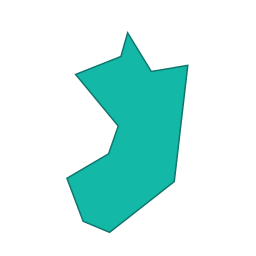 Norton, Virginia, United States of America (Equal Earth projection), rotated 154°
{"feature_id": "52423323B88769302498255", "entity_name": "Norton", "entity_type": "district", "adm_level": 2, "iso_a3": "USA", "parent_name": "United States of America", "parent_adm1": "Virginia", "projection": "equal_earth", "projection_center": [-82.626, 36.929], "detail": "fine", "context": "isolated", "style": "filled", "palette": "teal", "viewbox_px": 256, "rotation_deg": 154, "n_neighbors": 0, "source": "geoboundaries", "source_scale": "gbopen_adm2", "svg_char_len": 308}
<svg xmlns="http://www.w3.org/2000/svg" viewBox="0 0 256 256"><g transform="rotate(154 128 128)"><path d="M46.8,158.1L82.3,168.6L86.6,213.7L103.0,195.4L151.6,199.1L135.9,134.0L156.8,113.3L204.9,109.6L209.2,63.8L190.3,42.3L109.9,59.6L46.8,158.1Z" fill="#14b8a6" stroke="#0f766e" stroke-width="1.5"/></g></svg>